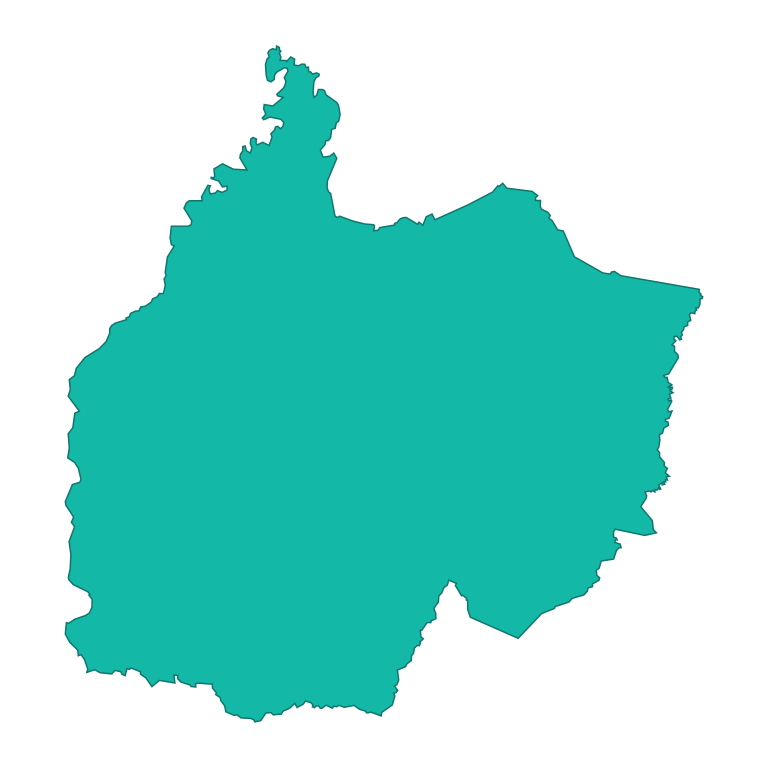 outline of Kosum Phisai, Maha Sarakham, Thailand
{"feature_id": "78962969B36169565655926", "entity_name": "Kosum Phisai", "entity_type": "district", "adm_level": 2, "iso_a3": "THA", "parent_name": "Thailand", "parent_adm1": "Maha Sarakham", "projection": "mercator", "projection_center": [103.006, 16.27], "detail": "fine", "context": "isolated", "style": "filled", "palette": "teal", "viewbox_px": 768, "rotation_deg": 0, "n_neighbors": 0, "source": "geoboundaries", "source_scale": "gbopen_adm2", "svg_char_len": 6028}
<svg xmlns="http://www.w3.org/2000/svg" viewBox="0 0 768 768"><path d="M66.4,622.7L65.3,634.0L69.7,642.2L77.8,650.2L78.3,655.7L81.2,654.7L84.5,659.6L87.8,669.1L86.8,672.4L94.6,669.7L100.1,672.7L111.8,673.9L114.8,670.5L120.8,671.6L121.9,674.3L125.1,675.6L126.9,668.7L129.4,669.4L130.8,667.9L140.4,671.7L140.5,674.2L145.9,677.9L151.9,686.6L159.5,680.4L174.9,683.0L173.9,675.0L177.9,675.5L177.7,678.7L180.8,682.0L190.2,685.0L191.1,686.5L195.8,687.0L195.5,683.9L197.8,683.1L212.3,684.2L212.5,688.1L216.4,692.8L215.8,694.7L220.1,697.4L220.8,700.6L224.6,705.7L225.9,711.8L234.1,715.4L237.0,714.8L241.0,717.9L250.7,718.4L253.8,719.8L254.9,721.9L260.9,720.5L265.9,713.0L270.9,712.6L273.3,714.8L281.3,714.1L283.1,711.1L289.7,708.2L294.8,703.3L297.1,707.5L303.1,704.2L305.4,701.1L310.9,702.6L312.9,705.0L312.4,706.8L314.6,707.7L315.8,706.0L318.5,705.8L320.2,708.1L321.9,708.3L326.1,705.2L332.4,708.2L333.7,706.3L336.8,706.7L339.0,705.3L344.2,707.3L354.1,705.4L359.5,709.3L365.0,710.9L367.0,713.0L370.9,712.2L381.3,715.9L381.6,712.5L392.3,705.0L394.9,695.8L393.6,693.2L396.0,692.7L397.7,690.4L394.5,685.9L396.8,684.8L398.7,680.0L397.4,670.1L405.5,666.7L407.1,663.7L411.3,660.5L411.5,655.7L413.5,653.3L414.3,648.2L417.2,645.4L419.3,645.7L420.5,643.2L419.7,642.3L423.3,638.8L421.0,636.9L420.3,630.2L421.7,630.4L427.1,622.6L430.8,622.6L431.3,620.7L435.9,618.7L435.7,613.4L433.8,608.4L438.3,602.2L438.9,595.9L441.7,593.0L443.9,587.6L447.2,585.3L448.8,580.2L456.4,583.4L455.4,585.5L461.5,595.7L463.0,595.4L466.4,598.3L466.4,600.1L467.6,600.3L467.7,609.5L470.3,617.2L518.1,638.3L541.7,613.5L554.5,608.4L555.0,606.6L569.0,602.0L572.3,598.3L583.9,594.9L587.4,591.1L588.0,587.9L592.5,586.7L592.4,584.0L598.9,580.3L599.7,577.8L596.8,575.4L596.3,570.3L599.2,568.1L601.2,561.0L613.6,559.1L616.4,550.7L618.9,547.8L621.1,547.7L620.2,544.1L614.7,542.4L615.5,539.8L617.2,539.9L616.3,538.1L613.5,537.1L613.6,531.6L615.1,529.2L644.8,535.4L656.4,532.8L653.3,529.5L652.3,520.6L640.7,506.6L646.1,498.4L646.7,495.8L645.0,492.2L648.6,491.0L651.1,491.9L652.4,490.5L654.9,491.9L654.9,489.7L657.1,490.1L658.5,487.9L659.5,489.4L660.7,489.0L658.6,484.9L661.8,483.0L662.2,484.9L664.8,484.2L663.4,481.9L665.7,481.9L665.5,479.7L667.4,480.0L666.3,476.6L669.3,476.3L665.2,472.6L667.4,468.4L664.2,466.0L664.4,462.5L659.5,456.7L659.6,452.8L657.2,449.5L658.7,447.3L659.8,440.4L659.4,434.8L662.5,433.1L663.9,428.0L668.4,425.3L667.9,421.9L665.6,421.3L665.3,419.3L669.0,418.4L672.0,411.0L668.6,411.8L667.5,409.5L671.8,401.2L671.0,399.8L669.1,401.1L668.0,399.1L670.9,397.9L669.3,394.2L673.0,392.7L670.3,391.0L669.7,388.9L671.7,389.8L672.5,387.3L668.5,386.9L671.9,384.9L668.2,382.4L667.1,377.3L665.0,377.4L663.6,375.4L668.6,374.0L678.3,357.8L677.9,354.8L674.5,351.3L674.5,346.3L672.1,344.8L675.9,340.7L674.0,339.2L674.1,336.7L676.9,336.2L679.7,339.9L681.5,339.3L680.7,336.9L682.2,335.1L681.6,331.9L683.5,329.9L684.1,326.9L687.7,325.4L687.6,322.0L690.8,320.3L689.4,314.6L691.1,312.7L694.8,313.7L695.1,311.1L696.7,310.0L695.8,308.0L698.3,307.9L699.9,304.4L700.1,298.8L702.2,298.5L702.7,296.7L700.6,295.6L701.0,294.1L698.8,292.0L699.4,289.4L620.8,275.7L614.4,271.4L611.4,272.1L610.3,274.1L602.7,272.9L574.4,256.8L563.3,231.0L557.7,229.8L552.0,220.5L548.8,218.1L550.3,215.6L547.8,212.3L541.5,209.2L540.3,206.5L540.5,200.5L535.5,200.5L535.6,197.7L537.7,195.6L532.1,191.4L506.8,188.2L502.7,183.3L498.9,186.5L497.8,185.8L492.7,192.0L468.4,204.7L434.9,219.8L432.0,214.0L426.2,216.8L422.9,225.2L419.0,222.2L417.6,224.3L406.3,217.5L403.7,217.6L400.2,218.8L397.1,222.5L394.5,223.5L394.8,225.0L379.9,227.6L377.9,230.3L373.9,230.7L374.4,225.6L373.5,224.7L364.8,224.0L353.0,221.1L339.6,216.2L337.3,217.5L335.0,216.0L330.6,193.4L328.5,191.8L327.1,187.8L327.4,180.9L336.8,158.3L333.8,153.1L329.8,156.2L323.1,157.2L320.3,150.0L324.8,144.9L325.8,140.8L328.4,140.5L330.6,137.7L331.6,129.4L335.2,128.2L336.3,122.9L338.7,121.1L340.1,114.4L338.4,105.0L336.7,102.5L326.0,94.8L324.6,90.7L322.9,89.6L318.4,89.5L316.7,95.3L314.0,97.4L313.1,92.4L313.9,81.8L315.9,77.8L319.0,75.9L319.1,74.1L316.7,72.9L312.3,74.0L310.6,71.9L308.7,71.8L308.4,67.1L306.0,67.5L304.8,64.3L301.8,64.1L298.4,65.8L294.1,64.9L294.6,59.1L290.7,57.0L286.6,61.5L285.9,60.5L280.1,60.4L280.9,57.1L279.4,53.2L280.8,51.0L279.5,50.3L279.4,47.5L276.6,46.1L276.3,49.7L272.7,48.7L269.4,50.4L267.9,53.0L269.2,56.9L267.0,59.1L265.5,64.6L266.2,75.2L267.5,80.3L270.9,81.9L274.2,79.5L274.7,74.9L276.7,72.2L284.4,67.7L287.3,68.4L287.9,71.3L284.3,77.6L285.9,81.4L285.1,84.9L283.5,88.1L276.8,94.3L277.8,95.9L283.2,97.4L272.8,106.0L264.2,104.5L263.7,109.0L265.8,114.3L262.3,118.0L263.8,119.7L269.8,117.0L280.9,119.3L283.8,122.5L282.9,126.6L280.5,128.7L277.7,126.3L275.5,126.9L274.6,130.0L270.9,133.7L272.0,137.3L269.1,145.5L262.7,142.3L257.2,144.9L255.9,143.2L256.5,139.1L253.1,137.5L250.8,138.9L250.3,143.4L251.9,147.8L250.3,153.0L246.4,150.8L245.2,146.0L242.8,146.5L242.7,151.1L240.4,154.3L239.9,157.9L247.0,170.0L233.3,169.2L222.6,163.8L214.0,168.9L214.7,176.6L213.5,177.8L211.2,177.3L211.1,178.5L218.6,181.0L222.4,186.9L227.1,186.2L227.1,190.1L222.0,192.4L217.5,190.6L215.4,193.0L210.2,194.0L208.9,189.2L210.4,185.8L207.9,185.3L201.6,196.8L202.2,200.7L189.1,200.8L186.4,202.8L184.0,208.2L191.7,220.6L191.2,224.7L188.0,226.2L171.4,226.2L170.1,238.1L171.4,244.6L174.2,246.1L167.4,257.0L165.2,272.7L166.3,275.3L164.1,279.0L165.3,285.1L163.6,292.7L162.9,293.7L159.3,293.5L157.4,296.7L152.5,298.9L151.5,301.9L145.2,306.3L140.8,306.9L138.7,311.1L135.8,311.0L130.6,313.4L129.4,316.6L126.0,318.1L126.4,319.7L115.4,323.1L111.7,325.5L109.8,328.4L109.6,333.6L106.0,341.8L99.2,348.7L85.0,357.5L76.3,368.3L74.4,375.8L69.3,379.6L70.3,389.6L68.2,396.2L79.3,411.2L74.8,413.2L72.8,427.8L68.2,433.7L69.3,448.1L67.7,457.9L74.7,462.5L78.4,468.3L81.0,479.3L79.8,482.3L72.4,484.5L65.3,501.7L66.0,505.4L73.6,517.1L71.4,522.4L74.6,526.5L69.1,541.7L70.9,554.3L70.2,568.9L68.3,577.4L68.7,579.5L73.4,584.7L87.6,591.6L89.9,594.3L88.9,595.2L92.1,599.1L92.0,607.3L89.4,613.0L85.6,615.5L75.0,619.1L68.7,623.3L66.4,622.7Z" fill="#14b8a6" stroke="#0f766e" stroke-width="1.5"/></svg>